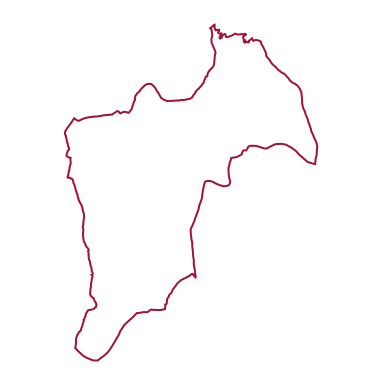 Kaolack, Kaolack, Senegal, rotated 89°
{"feature_id": "50182788B15645681951695", "entity_name": "Kaolack", "entity_type": "district", "adm_level": 2, "iso_a3": "SEN", "parent_name": "Senegal", "parent_adm1": "Kaolack", "projection": "albers", "projection_center": [-16.083, 14.112], "detail": "fine", "context": "isolated", "style": "outline", "palette": "rose", "viewbox_px": 384, "rotation_deg": 89, "n_neighbors": 0, "source": "geoboundaries", "source_scale": "gbopen_adm2", "svg_char_len": 5958}
<svg xmlns="http://www.w3.org/2000/svg" viewBox="0 0 384 384"><g transform="rotate(89 192 192)"><path d="M277.4,190.0L277.0,189.8L275.8,189.8L274.5,190.3L272.1,190.3L270.4,190.6L268.9,190.7L265.8,191.4L262.6,191.5L261.3,191.3L255.7,192.0L249.6,192.3L247.2,192.6L245.4,192.7L243.8,192.6L241.5,192.9L238.7,193.5L237.0,193.5L233.0,194.0L229.4,194.0L226.8,192.9L225.8,192.3L222.9,191.1L221.6,190.3L219.4,189.7L209.6,185.8L206.1,185.1L198.7,182.3L191.1,181.2L187.4,180.3L184.0,179.6L182.6,179.1L181.8,178.5L181.2,176.3L181.3,173.5L182.3,170.8L183.8,168.4L185.2,165.0L186.1,162.8L186.8,160.3L186.7,158.3L186.4,156.6L185.8,155.1L184.3,154.1L182.4,153.6L177.1,154.8L172.7,155.1L168.7,155.1L163.0,153.6L161.9,153.1L158.6,152.1L157.9,146.7L155.3,141.7L153.5,141.1L151.4,140.0L151.3,137.1L149.9,136.0L147.9,135.1L147.1,133.9L146.8,132.6L147.0,127.0L149.7,118.9L149.8,116.6L147.5,112.0L145.6,107.6L145.4,101.9L146.2,97.5L149.4,91.8L153.1,87.1L156.3,84.4L163.8,76.1L165.7,70.8L166.2,68.4L160.9,67.8L156.8,66.7L151.2,66.3L149.6,66.0L148.0,66.0L143.7,67.1L139.5,69.1L137.6,69.7L133.0,71.8L131.6,71.9L125.7,73.8L124.9,74.2L121.7,74.9L116.7,76.9L113.1,77.9L112.3,78.4L109.6,79.5L105.3,80.3L100.0,80.4L97.8,80.7L94.3,80.9L90.7,82.4L88.0,84.2L87.2,84.9L86.8,85.7L85.4,87.4L85.0,88.7L83.2,91.1L81.5,92.7L81.2,92.7L79.5,94.0L77.4,95.9L76.6,96.4L75.0,98.4L74.8,99.2L74.2,100.1L71.6,103.4L69.4,105.4L68.5,106.0L67.9,106.9L65.3,109.6L63.2,111.1L61.2,112.2L57.7,115.2L56.8,115.5L56.1,115.2L52.4,116.4L47.3,118.8L45.7,119.9L43.2,120.5L42.4,121.1L41.5,123.4L41.0,125.6L41.9,128.0L41.0,128.7L39.4,129.3L41.4,131.7L41.7,132.5L43.0,132.5L43.4,132.9L43.1,133.9L43.2,134.3L42.6,135.4L43.6,136.5L43.4,136.9L42.4,137.6L41.9,137.6L41.9,136.8L41.7,136.0L41.2,136.3L40.6,137.4L40.1,137.7L38.9,138.1L38.0,138.1L37.4,138.1L35.8,135.4L34.9,135.6L34.8,136.2L35.2,138.3L35.0,139.8L35.4,143.0L35.1,144.5L34.5,145.7L34.5,146.3L35.0,147.3L35.8,148.3L37.4,152.8L37.8,154.4L37.7,155.1L36.8,155.5L34.8,155.9L34.6,156.7L35.3,158.0L36.4,158.9L36.9,159.7L37.9,159.4L38.2,159.5L38.3,160.2L39.1,161.0L39.0,161.4L38.0,161.8L36.8,161.1L36.3,161.1L35.4,160.1L33.9,159.9L34.1,162.0L33.5,162.9L32.7,163.2L31.7,162.3L30.3,162.0L30.3,163.8L30.7,165.5L30.2,165.9L28.2,166.5L25.2,166.5L25.6,167.6L26.8,168.5L28.5,171.0L29.4,170.1L30.2,169.6L34.7,169.0L36.8,169.2L39.6,170.0L43.2,169.7L44.1,169.5L45.1,168.8L46.6,168.4L47.4,168.0L52.7,166.0L56.4,166.8L64.8,167.7L66.8,168.6L68.5,170.0L70.3,171.9L72.6,173.7L74.0,174.3L76.5,174.7L76.8,175.9L77.1,176.4L78.2,176.6L81.1,178.0L82.3,178.3L83.3,178.8L85.2,180.4L86.0,180.8L86.7,181.7L89.1,183.7L89.5,184.5L90.1,185.2L91.8,186.5L93.0,187.0L94.5,188.4L97.8,190.6L98.4,191.7L98.9,193.2L99.1,194.2L99.4,196.4L99.8,197.5L99.9,201.8L100.3,203.3L100.4,204.6L100.1,206.0L100.4,206.8L100.4,209.1L100.6,210.6L100.5,212.8L100.6,215.3L100.1,216.3L99.9,217.2L98.8,219.2L97.4,221.2L96.6,221.7L95.9,221.9L95.1,222.6L93.9,223.0L92.9,223.7L91.6,224.3L90.9,225.1L86.9,227.2L84.2,229.8L83.2,231.1L83.2,234.6L83.6,235.7L84.5,237.3L85.9,238.8L87.6,240.6L90.8,243.2L92.4,245.1L94.1,246.2L94.4,246.7L97.1,247.5L98.4,247.4L99.4,247.6L100.7,248.5L108.5,251.1L109.9,252.5L111.1,253.3L111.7,254.1L110.8,256.7L110.7,258.5L111.1,260.2L112.2,262.3L111.3,263.3L110.5,263.7L110.0,264.5L109.8,265.6L111.3,267.5L111.8,268.6L113.2,270.5L113.0,271.3L113.4,272.3L113.4,273.6L113.9,280.3L114.7,283.0L114.5,284.1L114.9,285.9L114.9,289.3L115.3,291.3L115.5,294.2L116.5,298.6L118.9,304.1L118.6,305.1L117.6,306.8L116.2,308.4L117.2,308.9L117.2,309.2L117.7,309.6L119.9,311.0L126.7,316.2L129.2,317.7L130.0,318.0L131.7,318.0L132.8,317.5L133.2,317.5L133.9,317.0L134.3,317.1L140.2,315.9L141.3,315.6L141.7,315.3L142.6,315.3L144.7,314.8L145.4,314.4L146.5,314.1L147.4,314.3L148.5,315.4L149.5,315.6L150.9,316.4L153.5,316.9L154.1,316.7L154.3,315.8L155.4,314.7L155.4,313.8L155.8,312.9L156.1,313.1L156.6,312.9L157.5,313.0L161.2,312.7L165.5,314.1L166.6,314.1L167.7,314.4L168.2,314.2L169.2,314.8L173.1,315.5L174.5,316.2L175.4,316.0L175.2,315.2L175.5,314.6L176.0,314.1L175.9,313.5L176.3,313.0L176.6,311.9L178.4,310.7L180.0,310.4L180.5,310.6L181.3,310.1L184.6,308.9L185.2,308.9L186.6,308.4L188.5,308.2L190.0,307.4L191.3,307.3L192.0,306.7L194.4,306.4L195.7,305.9L196.5,305.8L196.7,305.6L197.4,305.7L198.0,305.4L198.5,304.9L199.2,305.0L201.7,303.6L202.7,302.9L205.6,301.9L208.8,301.4L211.9,300.5L215.5,300.3L216.6,300.7L217.5,300.7L221.8,301.3L222.9,301.2L225.1,301.9L226.1,301.6L228.3,301.3L233.2,301.8L235.3,301.5L236.6,301.5L239.5,301.0L242.1,299.6L243.3,299.4L245.1,298.3L247.2,296.6L247.8,296.3L249.4,296.7L249.4,296.9L252.4,296.4L253.5,296.6L254.4,296.3L255.3,296.5L257.0,296.3L258.4,295.9L259.6,295.3L262.5,295.0L262.8,294.8L264.1,294.6L265.7,294.0L267.8,293.6L268.4,293.7L269.7,293.5L271.5,292.6L273.1,293.0L273.2,293.7L274.1,292.9L275.5,293.1L277.5,293.8L279.1,293.9L282.2,294.6L285.0,294.7L286.4,295.1L292.1,295.7L293.9,295.2L294.7,294.3L295.8,293.4L296.4,292.3L299.6,291.1L301.6,289.7L302.3,289.8L303.2,289.5L305.4,290.1L305.6,290.8L306.6,291.5L307.4,293.0L308.0,295.3L308.3,297.8L309.9,299.0L312.1,300.3L314.3,300.7L314.9,301.1L317.8,302.2L318.2,302.4L318.2,302.6L319.6,302.6L321.6,303.3L322.5,303.8L324.2,304.0L326.4,305.1L328.2,305.4L329.6,306.6L329.9,307.4L331.0,308.0L331.5,308.0L331.9,308.2L332.4,308.9L336.1,310.4L339.5,310.7L341.5,310.5L343.0,311.0L344.7,311.2L345.9,311.6L351.1,306.6L353.6,303.9L355.3,301.5L358.4,294.5L358.7,293.3L358.8,289.1L356.5,286.3L354.9,283.8L351.5,279.7L348.0,276.8L344.1,274.2L333.5,267.7L329.8,266.1L323.8,262.0L319.2,257.0L316.9,254.2L312.1,249.3L311.8,244.9L311.3,244.0L311.3,238.5L308.9,235.3L309.3,230.5L309.5,225.5L308.7,221.2L306.2,220.7L304.1,220.8L303.6,219.6L302.8,219.2L301.7,219.2L299.7,218.7L298.5,218.7L297.9,218.5L296.4,217.0L295.2,216.9L294.1,216.2L293.5,215.7L292.9,214.8L292.2,214.3L289.4,213.0L282.8,208.0L279.6,204.0L277.5,199.4L276.8,198.2L276.3,196.6L274.5,194.5L274.1,193.7L273.8,192.8L275.1,192.1L277.4,190.0Z" fill="none" stroke="#9f1239" stroke-width="2"/></g></svg>